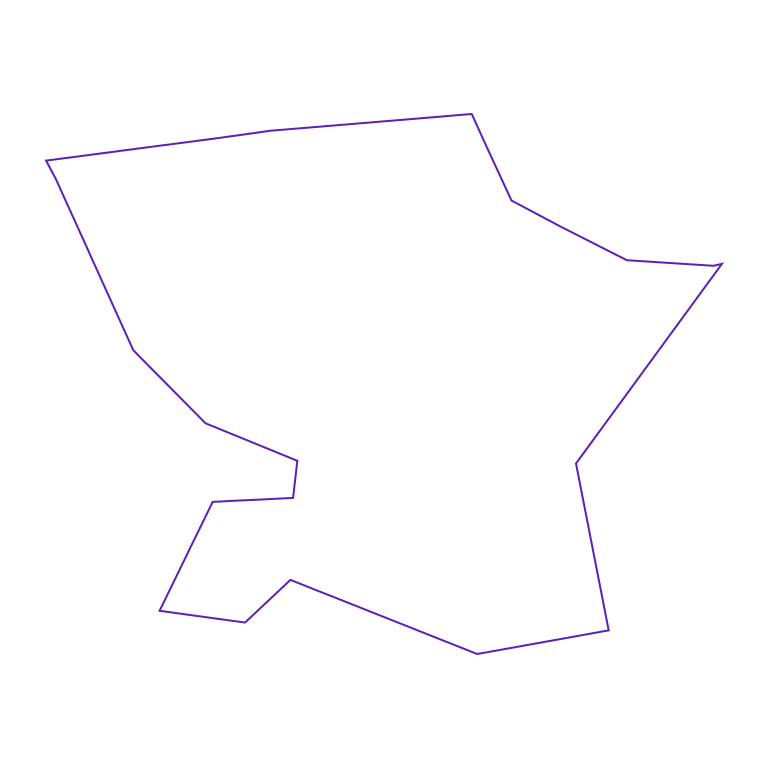 Asgat, Dzavhan, Mongolia
{"feature_id": "93677404B85882553736113", "entity_name": "Asgat", "entity_type": "district", "adm_level": 2, "iso_a3": "MNG", "parent_name": "Mongolia", "parent_adm1": "Dzavhan", "projection": "robinson", "projection_center": [96.685, 49.51], "detail": "fine", "context": "isolated", "style": "outline", "palette": "violet", "viewbox_px": 768, "rotation_deg": 0, "n_neighbors": 0, "source": "geoboundaries", "source_scale": "gbopen_adm2", "svg_char_len": 1077}
<svg xmlns="http://www.w3.org/2000/svg" viewBox="0 0 768 768"><path d="M721.9,263.9L713.5,265.8L657.5,262.2L626.9,260.2L608.6,251.0L606.3,249.8L605.5,249.4L598.8,246.0L560.4,226.5L548.4,220.1L547.7,219.8L547.0,219.4L515.2,202.5L512.2,200.9L511.5,200.5L487.5,148.7L471.8,114.1L471.6,114.0L469.1,114.2L466.9,114.4L452.2,115.6L448.9,115.9L274.5,130.4L271.1,130.7L270.7,130.7L215.7,138.4L148.2,147.2L46.1,160.6L56.0,179.3L65.0,199.3L72.2,215.2L73.2,217.3L78.8,229.7L81.1,234.7L88.5,251.1L90.4,255.4L97.5,271.1L102.1,281.3L103.6,284.6L133.3,350.2L139.6,356.7L202.2,419.9L205.4,423.1L205.5,423.3L208.2,424.4L297.3,460.8L293.1,497.9L259.3,499.6L237.7,500.6L235.6,500.7L212.7,501.9L190.3,547.7L178.4,572.2L160.2,609.5L159.6,610.8L166.3,611.7L181.4,613.8L191.5,615.2L192.9,615.4L225.7,619.9L227.8,620.2L245.1,622.5L266.8,602.1L267.7,601.3L290.4,579.9L318.3,591.0L335.3,597.7L335.6,597.8L352.2,604.4L365.3,609.6L477.1,654.0L545.1,641.8L557.4,639.6L559.8,639.2L576.3,636.2L603.4,631.3L607.4,630.6L608.7,630.4L576.0,463.5L721.9,263.9Z" fill="none" stroke="#5b21b6" stroke-width="2"/></svg>